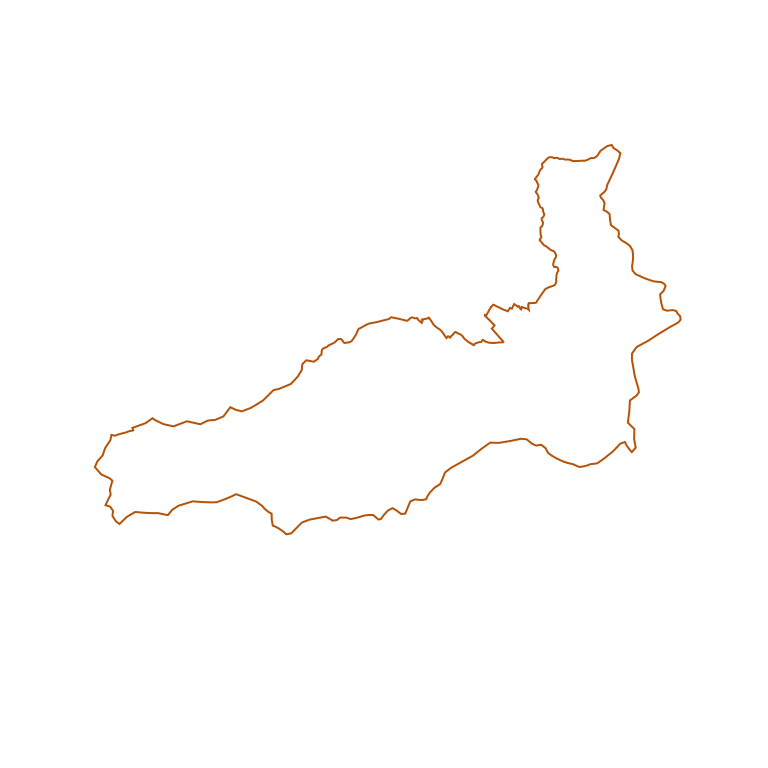 Glimboca, Caras-Severin, Romania (Albers equal-area conic projection), rotated 249°
{"feature_id": "2599482B78068825292694", "entity_name": "Glimboca", "entity_type": "district", "adm_level": 2, "iso_a3": "ROU", "parent_name": "Romania", "parent_adm1": "Caras-Severin", "projection": "albers", "projection_center": [22.334, 45.53], "detail": "fine", "context": "isolated", "style": "outline", "palette": "amber", "viewbox_px": 768, "rotation_deg": 249, "n_neighbors": 0, "source": "geoboundaries", "source_scale": "gbopen_adm2", "svg_char_len": 6138}
<svg xmlns="http://www.w3.org/2000/svg" viewBox="0 0 768 768"><g transform="rotate(249 384 384)"><path d="M434.2,111.3L429.6,108.4L424.0,100.5L418.1,95.7L414.5,88.7L410.1,84.3L400.9,87.6L394.5,93.9L391.1,95.8L383.6,90.2L378.5,89.1L375.2,85.2L370.6,80.6L367.7,84.4L362.7,85.6L358.1,83.2L351.9,84.5L348.1,86.9L352.1,96.3L353.7,105.9L351.1,111.1L348.7,116.3L346.4,121.6L344.3,127.0L339.0,135.2L342.5,141.4L344.0,148.5L343.0,163.4L340.4,168.8L338.0,174.2L335.7,179.7L333.6,185.2L333.5,190.6L333.5,195.9L333.7,201.2L334.1,206.5L320.0,222.6L313.8,226.6L310.9,227.6L308.1,229.0L305.6,230.6L303.2,232.6L297.6,230.6L291.7,229.4L288.9,232.3L285.7,234.9L282.3,237.1L278.7,238.9L277.8,243.8L284.1,257.7L284.1,265.8L281.1,282.1L274.7,287.3L273.9,291.4L275.0,295.2L272.7,301.1L269.8,304.4L268.9,310.4L268.6,313.8L268.4,317.1L268.2,318.7L267.3,322.5L265.9,326.1L265.5,327.0L259.5,330.2L259.1,332.8L262.1,337.5L264.5,342.5L265.1,347.3L263.2,349.0L261.1,350.6L256.5,353.4L255.4,357.4L265.0,366.5L265.2,371.5L262.1,377.7L261.3,382.0L262.8,383.5L264.3,385.1L265.5,386.9L266.6,388.7L269.2,394.4L270.4,400.5L274.8,405.0L279.6,409.3L281.8,417.0L285.2,441.2L288.5,451.6L291.2,462.1L287.9,470.1L285.6,481.1L283.8,492.2L281.2,497.4L275.5,500.6L272.1,503.8L270.8,509.1L266.3,511.8L260.8,512.5L256.8,515.1L253.1,518.1L249.8,521.2L247.3,523.7L244.2,527.5L241.5,531.6L236.8,536.2L235.9,539.0L235.4,541.9L235.1,544.8L235.2,547.7L233.5,554.7L235.8,563.5L238.6,572.2L239.5,574.7L243.6,583.1L243.5,588.1L240.4,588.4L237.4,589.0L234.4,589.9L231.6,591.0L234.4,596.2L243.0,597.8L252.2,601.6L260.5,597.8L270.3,603.1L280.5,607.7L282.7,615.6L284.8,618.9L288.1,619.8L301.8,621.0L317.9,624.2L323.5,626.4L328.0,633.1L329.8,646.8L331.7,655.2L333.3,663.7L334.8,672.3L336.0,680.8L337.8,684.0L341.4,684.8L342.8,684.0L344.3,683.5L345.8,683.1L347.4,683.0L349.5,680.1L351.1,674.3L353.8,671.3L357.6,671.6L361.4,672.1L365.1,672.9L368.8,673.9L370.7,678.3L374.3,681.9L376.9,681.6L379.6,679.5L383.2,672.5L389.4,665.1L396.2,658.4L400.7,656.7L405.0,657.7L408.5,659.8L412.1,661.6L415.9,663.0L419.9,663.9L424.8,663.1L428.9,660.5L432.8,657.4L437.4,655.5L438.7,656.4L440.1,657.1L441.6,657.6L443.1,657.9L450.9,652.8L456.4,653.9L461.8,655.5L463.5,654.7L465.0,653.8L466.4,652.6L467.7,651.3L473.8,654.7L475.4,654.7L477.1,654.5L478.7,654.0L480.2,653.3L482.5,653.4L484.5,658.9L486.1,661.3L489.9,663.8L498.3,672.6L507.0,681.2L510.3,684.3L514.8,687.4L518.6,685.4L522.0,682.8L525.6,682.2L526.1,677.5L524.1,669.7L521.1,665.7L520.3,664.0L519.9,662.3L519.8,660.9L520.2,659.4L520.7,658.1L520.7,656.9L520.3,654.5L520.5,651.4L521.7,648.4L522.9,644.2L524.5,640.0L526.1,638.6L527.2,637.1L527.8,635.9L528.2,634.3L528.8,633.3L530.4,631.3L530.7,630.4L530.7,629.5L531.0,628.7L533.2,626.6L534.0,623.5L535.2,622.7L535.6,621.6L536.2,620.7L536.4,619.6L536.3,618.4L535.4,615.9L534.5,614.3L532.9,610.5L532.1,610.1L529.5,609.7L529.0,609.1L528.0,606.9L527.2,605.8L524.5,603.5L523.3,601.7L521.4,598.5L521.0,598.3L520.6,598.3L519.7,598.9L519.2,599.1L514.2,599.4L513.6,599.2L511.7,597.6L509.7,595.6L509.2,594.7L508.3,594.5L507.1,595.1L505.3,595.3L502.7,595.2L502.1,595.0L500.9,593.7L500.1,593.2L498.6,593.0L493.0,593.4L491.8,594.5L491.1,595.0L489.8,594.9L488.5,594.4L485.2,594.4L484.6,594.3L484.2,593.8L483.1,592.8L482.1,590.6L481.4,590.2L480.8,590.1L477.6,590.3L475.4,588.9L474.6,588.0L474.3,587.3L474.1,586.4L473.4,585.8L467.5,583.8L465.9,583.8L465.0,583.6L464.1,583.0L463.3,581.5L462.7,581.0L462.1,581.0L460.7,581.5L459.4,582.1L457.2,582.7L455.9,583.3L454.1,585.0L449.6,587.5L447.3,589.9L445.9,590.6L443.9,590.7L443.3,590.9L442.0,590.6L441.2,590.2L440.2,589.3L439.4,588.0L438.8,587.4L435.9,585.3L434.8,584.7L434.0,584.6L432.8,584.8L432.1,585.0L431.7,586.6L430.8,587.5L430.0,587.8L427.8,587.6L427.3,587.4L426.4,586.2L425.5,585.3L423.8,584.0L421.6,583.1L419.7,582.1L417.7,581.5L415.3,579.2L415.2,578.7L415.1,577.8L415.1,575.2L415.3,572.5L414.8,568.6L410.0,561.3L408.9,560.0L407.3,557.5L405.5,555.4L405.6,553.8L407.6,548.1L406.9,547.5L405.8,546.8L405.7,547.1L403.8,546.3L401.3,545.8L403.0,545.0L403.7,543.7L406.5,540.2L405.3,539.5L404.5,538.8L405.9,538.0L407.2,538.1L408.5,537.7L408.7,537.2L408.3,536.4L409.4,535.9L412.0,534.2L408.5,530.3L409.9,528.9L407.5,525.6L408.8,524.3L411.3,521.4L413.3,519.8L416.8,516.3L418.1,515.4L418.5,514.9L418.9,514.3L417.5,512.0L417.7,511.6L411.6,504.3L412.4,503.0L411.7,502.6L406.0,505.3L399.1,508.2L398.6,507.2L398.1,506.6L397.0,504.5L379.9,510.9L380.1,510.7L381.9,505.1L382.6,502.3L383.7,499.3L384.9,496.9L386.8,494.4L389.8,492.1L389.6,491.5L388.6,490.2L388.4,489.7L388.5,489.1L388.9,488.3L389.2,483.9L389.0,483.4L388.0,481.8L389.0,480.9L390.2,480.4L390.2,480.1L390.6,479.6L391.5,479.3L391.8,478.7L392.3,478.3L395.8,476.2L397.9,475.1L400.3,474.6L402.7,473.2L403.5,472.6L405.0,470.8L405.8,470.5L406.6,469.7L406.9,469.3L406.9,468.8L406.6,468.5L406.3,467.3L406.1,466.8L405.2,465.8L405.0,464.7L404.5,463.6L403.5,462.5L403.6,462.3L405.1,461.5L405.6,460.9L404.5,458.8L412.0,456.9L413.4,456.4L414.1,456.1L418.3,453.2L421.1,451.7L427.8,450.3L429.6,449.6L429.2,449.2L429.7,448.8L429.9,445.8L430.1,445.7L430.2,444.4L430.4,443.5L430.7,442.9L430.5,442.6L430.1,443.1L429.6,442.6L429.1,442.6L427.5,441.1L431.3,439.1L433.2,438.5L433.4,438.7L433.7,438.5L434.4,436.0L435.9,434.6L436.1,434.0L436.1,432.0L435.5,431.0L434.9,429.0L434.8,427.8L436.2,426.1L440.1,420.4L443.7,414.7L443.7,414.4L442.9,411.9L444.5,398.6L445.6,393.0L445.8,391.0L445.7,388.9L444.8,383.2L444.6,380.2L443.9,379.2L440.1,375.5L437.5,372.0L435.6,369.1L435.4,366.3L436.4,362.0L436.9,361.5L438.0,361.1L439.3,360.9L441.3,360.0L442.3,357.9L442.2,356.8L440.7,353.5L440.3,351.7L439.9,346.0L439.2,344.4L439.0,343.4L439.1,341.4L438.8,339.6L438.1,338.4L437.4,337.8L434.0,336.2L433.1,333.4L432.4,332.4L431.3,331.5L430.7,329.7L429.9,326.6L434.0,319.9L431.8,314.9L426.5,312.2L421.9,306.3L417.4,297.0L417.1,283.8L417.9,278.7L411.9,265.0L409.4,251.1L409.4,241.5L413.0,236.4L417.4,232.2L411.3,222.5L411.0,213.4L413.0,206.5L412.2,198.2L419.8,186.7L419.9,172.3L425.6,163.7L432.3,157.4L435.0,155.6L432.9,147.5L433.2,133.4L430.6,133.3L431.3,128.6L431.2,126.1L431.7,122.1L432.2,116.9L432.1,114.3L434.2,111.3Z" fill="none" stroke="#b45309" stroke-width="2"/></g></svg>